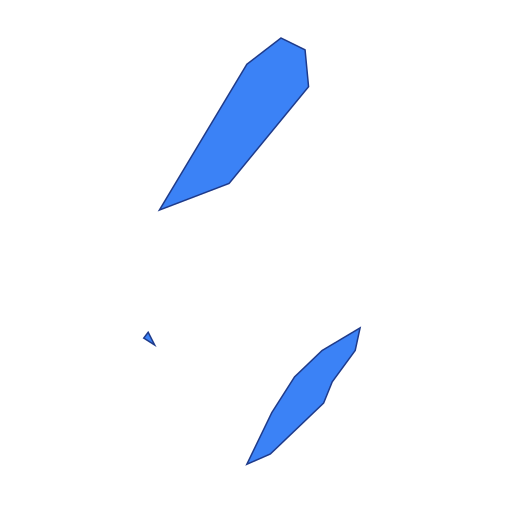 outline of Johnston Atoll, rotated 153°
{"feature_id": "UMI-5174", "entity_name": "Johnston Atoll", "entity_type": "state/province", "adm_level": 1, "iso_a3": "UMI", "parent_name": "United States Minor Outlying Islands", "parent_adm1": "", "projection": "natural_earth1", "projection_center": [-169.53, 16.742], "detail": "fine", "context": "isolated", "style": "filled", "palette": "blue", "viewbox_px": 512, "rotation_deg": 153, "n_neighbors": 0, "source": "natural_earth", "source_scale": "10m", "svg_char_len": 421}
<svg xmlns="http://www.w3.org/2000/svg" viewBox="0 0 512 512"><g transform="rotate(153 256 256)"><path d="M247.0,332.9L321.2,340.8L177.1,431.0L134.8,438.9L118.7,417.4L132.3,383.0L247.0,332.9ZM262.5,94.3L333.1,73.1L358.7,74.6L313.0,109.3L276.5,130.8L240.0,141.8L195.9,144.7L210.5,126.8L245.2,109.3L262.5,94.3ZM386.7,237.0L386.7,222.7L393.3,233.8L386.7,237.0Z" fill="#3b82f6" stroke="#1e3a8a" stroke-width="1.5"/></g></svg>